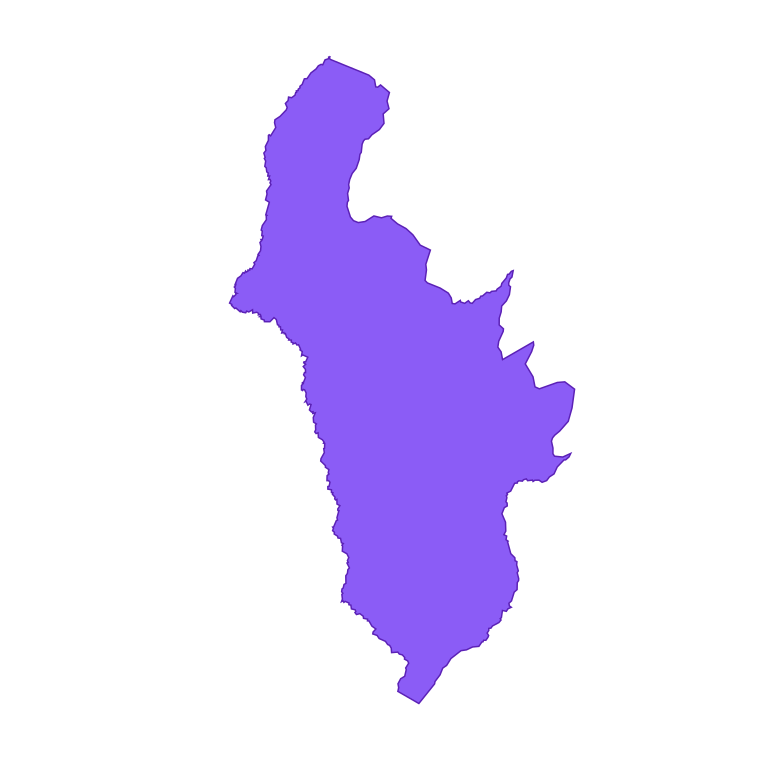 outline of Luwingu, Northern, Zambia, rotated 204°
{"feature_id": "96606910B28047609597150", "entity_name": "Luwingu", "entity_type": "district", "adm_level": 2, "iso_a3": "ZMB", "parent_name": "Zambia", "parent_adm1": "Northern", "projection": "equal_earth", "projection_center": [30.347, -10.552], "detail": "fine", "context": "isolated", "style": "filled", "palette": "violet", "viewbox_px": 768, "rotation_deg": 204, "n_neighbors": 0, "source": "geoboundaries", "source_scale": "gbopen_adm2", "svg_char_len": 6171}
<svg xmlns="http://www.w3.org/2000/svg" viewBox="0 0 768 768"><g transform="rotate(204 384 384)"><path d="M566.2,659.1L566.7,661.7L566.5,660.3L567.5,660.1L566.9,658.7L569.7,656.2L569.8,650.7L571.5,650.4L573.4,648.0L574.2,644.2L577.3,638.5L578.5,631.7L580.9,630.4L580.6,624.4L581.9,621.8L581.2,620.4L582.3,618.4L581.8,617.2L583.3,616.1L582.5,614.9L583.2,614.3L582.8,611.6L584.8,608.0L587.9,607.3L586.9,603.9L588.2,600.2L584.9,597.2L584.8,594.6L587.8,586.2L591.1,581.1L590.3,578.2L587.2,574.2L588.5,564.6L590.3,565.0L590.7,564.1L588.7,559.5L589.0,552.7L586.9,549.3L587.7,546.1L584.7,542.6L585.1,541.4L582.8,539.6L581.4,534.3L579.5,533.6L577.4,530.1L575.6,529.7L574.8,526.7L573.1,527.5L572.7,523.7L571.2,524.5L570.0,523.4L570.0,521.4L568.3,520.2L569.8,512.5L568.1,509.9L567.1,504.0L562.7,503.4L560.8,490.4L559.6,490.4L560.0,489.7L558.3,486.3L559.6,479.3L558.8,474.6L557.4,474.2L556.0,469.8L554.5,470.0L554.0,466.3L555.1,465.9L554.2,465.1L554.9,462.9L552.3,459.5L551.0,455.5L551.8,451.1L550.6,450.6L551.4,449.8L550.9,444.7L552.2,441.9L550.8,440.9L551.3,435.6L553.4,434.9L553.0,433.4L554.7,432.7L554.2,431.7L555.3,430.3L556.4,430.9L556.5,428.6L558.1,428.4L558.7,424.5L560.8,421.0L560.5,414.2L559.9,414.6L559.6,413.0L560.2,411.7L558.7,411.0L557.4,407.1L555.4,407.0L556.3,406.4L555.7,405.5L556.9,402.6L557.9,403.1L558.0,395.1L555.4,394.8L555.2,393.8L551.1,392.2L550.2,393.2L544.8,391.5L544.6,392.8L542.7,392.0L539.3,392.8L539.1,394.7L536.8,394.8L534.3,398.3L532.8,395.4L529.4,397.8L527.3,397.5L526.9,396.0L525.2,397.2L524.2,396.1L524.9,395.0L523.7,395.4L522.8,393.5L519.4,393.7L518.6,392.3L513.5,394.5L511.5,399.9L508.6,399.1L505.4,394.8L504.0,394.9L503.1,393.5L501.9,394.2L500.4,391.4L498.7,392.1L498.2,389.0L496.4,390.3L495.5,389.3L494.6,390.0L491.9,387.0L489.1,386.5L489.0,385.4L486.5,386.4L485.9,384.6L483.8,384.6L483.4,383.6L481.5,385.5L479.4,384.2L478.0,385.1L474.4,381.9L474.6,381.0L471.9,380.4L470.8,376.2L470.0,377.5L464.5,377.5L464.6,372.4L466.1,371.7L466.0,370.7L463.6,370.2L464.9,367.1L461.7,365.4L460.3,362.5L461.3,362.1L461.2,359.7L458.4,357.9L458.2,352.4L459.0,352.2L459.1,351.7L458.0,351.5L458.8,349.1L457.0,345.1L456.1,345.4L455.8,344.3L455.5,346.2L454.2,346.4L451.5,344.2L450.3,340.7L448.4,338.9L448.8,335.9L448.2,336.6L444.9,333.7L443.9,335.4L442.3,335.6L441.6,330.0L438.8,328.9L437.6,329.8L437.1,328.1L435.1,329.7L435.0,324.6L432.8,320.5L429.5,320.0L429.9,318.6L427.8,314.4L427.8,312.1L425.9,311.1L424.4,312.6L422.2,308.5L417.6,308.0L415.1,306.5L415.2,305.3L414.0,305.6L412.2,301.1L412.8,300.5L410.6,297.0L411.2,290.2L410.5,287.9L404.3,285.6L403.7,284.1L399.6,283.4L398.8,280.1L397.7,279.4L398.7,277.1L396.8,272.5L395.3,273.2L393.4,272.3L392.6,268.3L393.6,267.5L392.5,265.1L389.0,266.0L387.9,263.5L386.5,263.9L386.3,262.3L382.7,260.7L382.3,259.0L381.0,258.4L380.1,259.4L378.1,255.2L374.8,254.9L375.4,251.0L374.7,249.7L373.7,250.0L372.6,242.7L371.1,240.8L372.0,239.8L371.9,232.9L372.7,232.4L371.5,231.6L371.3,229.1L369.0,228.4L368.5,226.7L364.5,226.1L363.4,224.6L360.9,225.3L358.3,221.6L356.3,221.7L356.9,219.6L355.9,219.1L354.1,214.3L348.8,213.8L345.6,211.1L345.6,207.8L344.1,206.4L345.0,205.4L340.8,201.9L341.5,199.7L340.4,196.1L340.9,193.3L337.7,186.4L339.0,184.6L338.3,181.1L339.0,179.7L338.2,177.0L336.5,176.1L336.9,174.6L334.5,170.6L334.3,167.9L333.3,169.2L331.8,168.2L331.1,169.6L326.9,169.7L326.3,168.1L324.3,168.5L322.3,165.3L318.5,166.0L317.2,164.7L317.6,163.4L315.4,162.2L312.6,164.4L308.5,163.4L307.4,161.6L303.3,162.5L302.8,160.9L301.3,161.4L296.6,157.9L291.8,156.9L293.1,153.0L292.6,151.1L288.0,151.5L284.9,149.5L278.0,149.5L274.7,147.5L272.5,147.5L270.0,145.7L267.8,141.7L262.3,144.7L260.2,143.5L257.0,144.0L253.8,142.5L253.4,141.0L249.8,140.7L247.9,139.0L248.7,133.4L247.5,132.1L246.2,125.4L248.9,121.6L249.3,115.8L247.1,112.6L246.3,108.8L222.2,106.3L215.8,130.6L216.4,132.9L214.5,141.1L214.8,148.3L212.3,152.5L211.2,160.4L205.2,171.7L200.5,174.7L196.1,179.8L190.6,182.9L189.7,188.0L188.7,188.8L188.8,190.4L186.7,191.3L186.0,194.8L186.1,196.8L188.5,198.4L188.0,201.4L188.9,203.3L187.0,204.5L186.5,207.1L182.0,212.8L181.1,216.0L182.4,216.9L181.7,218.2L183.7,225.3L179.8,226.1L179.3,229.1L176.9,231.8L179.2,232.3L180.7,234.5L179.3,237.7L180.4,246.8L178.8,250.3L181.5,256.8L181.1,259.2L181.8,261.0L185.6,265.8L185.3,267.9L189.2,272.6L190.3,275.8L192.4,275.9L193.8,278.5L199.2,280.6L207.0,290.2L206.7,290.9L209.2,291.4L210.1,295.0L213.2,295.1L212.9,299.1L216.8,307.2L223.5,313.4L223.8,320.0L221.8,322.7L223.1,325.3L224.7,326.0L225.5,330.1L226.8,331.7L226.2,333.2L227.4,334.3L224.7,337.7L224.3,346.4L221.9,347.8L222.3,349.0L221.4,350.4L218.0,351.6L217.7,353.2L215.4,355.2L213.5,354.1L209.2,356.6L208.2,355.6L207.0,357.5L203.3,359.2L199.6,358.5L196.1,361.9L195.1,366.4L192.1,371.0L192.0,378.7L188.7,387.8L187.2,388.6L185.3,392.6L185.2,396.5L191.0,390.0L198.9,387.4L201.3,389.0L203.6,394.2L207.8,399.9L208.1,403.4L207.2,406.7L204.4,412.4L200.5,424.8L202.5,438.6L207.8,456.8L219.7,459.5L226.3,455.9L240.1,442.8L244.9,442.8L250.8,451.2L263.1,459.8L262.3,473.6L263.0,480.4L264.7,483.2L285.6,454.5L290.1,461.0L295.0,464.0L296.6,469.8L296.5,480.5L297.3,483.0L302.8,484.8L305.5,491.0L306.3,497.5L308.2,503.1L306.0,509.7L305.8,516.6L308.0,524.3L310.1,524.9L311.2,527.1L311.6,531.3L310.6,533.7L312.1,540.1L313.5,538.7L314.4,535.2L315.7,534.4L315.4,530.6L317.3,523.9L316.8,520.9L319.2,516.8L319.4,514.7L323.4,512.4L324.3,510.4L327.4,509.6L329.8,504.5L331.3,503.6L331.5,501.2L334.7,498.4L336.2,493.6L338.2,493.1L340.8,494.4L343.1,490.5L347.3,490.1L348.3,491.4L351.7,486.1L354.4,485.3L357.6,490.0L362.2,493.2L371.7,494.5L385.5,494.0L388.6,495.3L391.6,505.5L394.5,510.4L396.1,525.2L407.4,525.6L418.2,532.0L426.9,534.9L436.8,535.8L445.0,538.2L445.2,540.3L449.3,538.8L453.9,534.8L461.6,533.4L467.3,524.8L473.2,521.0L478.3,520.8L482.6,522.9L490.1,531.3L491.4,535.2L491.1,537.3L494.8,543.3L495.5,548.9L497.4,551.8L498.5,556.9L498.7,563.4L497.1,569.7L497.9,578.8L499.4,584.0L499.0,586.4L501.5,594.1L501.6,597.8L500.9,599.9L497.9,601.7L496.4,606.8L491.7,614.6L490.0,622.1L494.6,630.4L491.4,637.5L496.3,643.7L497.6,652.5L508.8,655.8L510.5,652.6L512.4,652.1L516.4,658.0L523.5,660.0L564.6,658.7L566.2,659.1Z" fill="#8b5cf6" stroke="#5b21b6" stroke-width="1.5"/></g></svg>